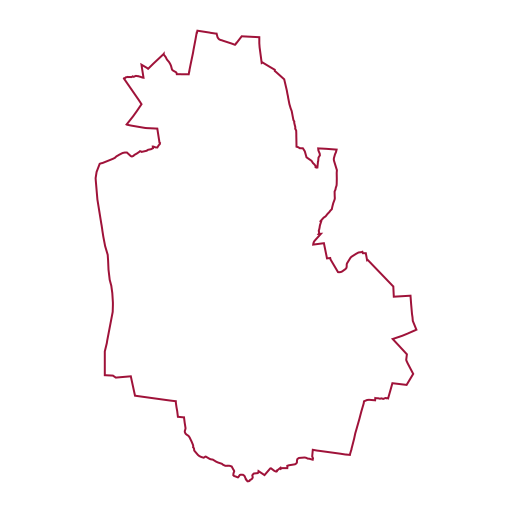 outline of Jaral del Progreso, Guanajuato, Mexico
{"feature_id": "50627088B82806712046874", "entity_name": "Jaral del Progreso", "entity_type": "district", "adm_level": 2, "iso_a3": "MEX", "parent_name": "Mexico", "parent_adm1": "Guanajuato", "projection": "orthographic", "projection_center": [-101.046, 20.365], "detail": "fine", "context": "isolated", "style": "outline", "palette": "rose", "viewbox_px": 512, "rotation_deg": 0, "n_neighbors": 0, "source": "geoboundaries", "source_scale": "gbopen_adm2", "svg_char_len": 5987}
<svg xmlns="http://www.w3.org/2000/svg" viewBox="0 0 512 512"><path d="M406.9,354.3L392.7,339.0L402.2,335.8L406.6,334.0L416.4,329.7L412.8,320.9L412.5,317.3L412.0,314.0L411.1,303.8L410.5,295.7L393.8,296.7L393.3,286.4L392.8,286.0L367.8,260.0L367.1,260.3L365.8,253.2L363.8,253.2L362.9,253.2L362.4,251.8L361.6,252.1L360.9,252.2L359.0,252.4L358.3,252.6L356.1,253.8L351.7,256.6L351.2,257.0L350.7,257.5L350.2,258.2L347.0,263.4L346.8,264.1L346.7,264.7L346.7,266.3L346.6,267.0L346.5,267.6L346.4,267.9L345.7,268.8L345.3,269.2L343.3,270.6L342.4,271.3L341.8,271.6L341.2,271.9L340.3,272.1L339.5,272.2L338.7,272.2L338.0,272.1L331.2,260.6L330.5,259.4L330.2,258.0L327.0,258.4L323.9,243.2L313.2,244.6L313.4,243.3L313.8,242.1L314.6,240.8L320.9,233.8L318.7,233.9L319.1,233.3L319.0,231.7L318.8,231.2L318.8,230.6L319.0,230.0L319.2,229.4L319.6,227.5L319.7,226.7L320.0,225.1L321.2,221.4L320.6,221.1L321.9,219.6L323.6,217.7L324.7,216.9L325.3,216.6L325.7,216.2L326.2,215.6L327.1,214.4L327.8,213.6L329.1,212.3L329.6,211.7L330.3,210.7L331.7,209.3L331.9,209.0L331.9,208.7L332.3,206.8L333.2,203.3L334.6,199.5L334.8,198.5L334.8,197.7L334.7,195.9L334.6,191.5L335.4,189.7L335.5,189.4L335.8,187.7L336.5,185.7L336.6,185.0L336.7,183.7L336.8,178.9L336.7,172.9L336.9,170.2L336.8,169.8L336.5,168.9L334.2,161.4L333.9,160.3L333.8,159.2L333.9,158.2L335.0,154.3L335.9,152.3L336.0,152.0L336.6,149.6L326.1,148.8L318.2,148.4L318.4,150.5L319.7,153.6L319.9,155.3L318.5,157.6L318.2,161.1L318.0,161.4L317.4,167.5L316.3,167.6L315.5,167.1L315.6,166.0L314.3,164.3L313.0,163.1L311.5,160.8L306.5,157.3L304.8,151.3L302.9,148.3L299.7,148.2L298.4,147.3L296.5,146.7L296.4,140.5L296.4,140.3L296.3,135.6L296.3,134.0L296.2,130.7L295.5,129.1L295.2,128.8L295.3,127.1L294.6,124.4L294.2,122.6L294.3,121.6L293.4,120.0L292.9,117.4L291.7,111.1L290.6,108.2L289.4,104.1L288.1,97.5L288.1,97.3L287.9,96.1L287.4,93.8L286.8,90.4L284.2,79.3L275.8,71.8L274.8,71.0L274.8,69.8L270.9,67.5L270.2,67.1L266.2,64.7L262.6,62.5L261.7,63.0L259.6,47.3L259.3,43.2L259.3,37.2L241.7,36.3L236.3,43.3L236.2,43.2L235.2,44.7L235.0,44.8L231.5,43.5L222.9,40.7L221.6,40.2L221.3,40.2L220.3,39.9L219.3,39.4L218.8,39.0L218.3,38.4L217.8,37.7L217.5,37.1L216.6,33.6L215.9,33.6L210.4,32.8L209.7,32.6L197.4,30.7L197.1,32.0L197.0,32.7L196.7,32.7L195.5,39.4L193.5,49.9L193.0,52.9L190.6,64.4L189.2,71.4L189.3,71.4L188.7,74.3L176.8,74.2L176.5,72.9L176.2,72.4L175.6,72.0L173.1,70.6L172.4,70.0L172.0,69.5L171.0,65.8L170.3,64.2L169.1,62.1L166.9,59.5L165.7,57.1L163.7,54.5L163.7,53.9L163.2,54.5L162.6,55.0L153.5,63.5L148.1,68.8L147.1,68.0L141.5,64.7L142.0,68.2L143.5,77.7L142.8,77.6L142.5,77.6L140.4,76.8L139.7,76.6L139.1,76.5L138.5,76.2L137.7,76.2L136.9,76.0L135.8,75.9L135.2,76.1L134.5,76.5L133.6,76.8L133.1,76.7L132.9,76.5L132.7,76.4L132.6,76.5L131.8,76.9L131.3,77.1L131.1,77.1L129.9,77.0L128.7,77.1L128.3,77.0L127.7,76.9L127.1,77.1L125.9,77.3L125.6,77.5L125.3,77.9L125.0,78.1L124.1,78.2L123.9,78.5L138.9,100.2L141.5,104.2L136.9,111.0L133.1,116.3L126.6,124.5L127.0,124.7L131.3,125.6L143.6,127.7L145.5,128.0L147.0,128.1L153.1,128.4L157.3,128.6L159.5,142.7L160.0,143.0L159.8,144.1L158.6,145.4L157.9,146.6L157.3,147.5L156.0,147.4L155.6,147.4L153.2,146.5L152.8,146.5L153.0,148.2L151.0,149.2L148.1,149.8L147.3,150.2L147.0,150.6L146.5,150.8L141.6,151.9L141.1,151.5L140.6,151.3L140.0,151.2L139.8,151.5L136.9,153.5L134.4,154.9L133.4,155.9L131.9,156.5L130.8,156.1L126.9,152.5L124.9,152.5L122.6,153.0L120.4,154.1L119.7,154.5L118.9,154.9L118.3,155.3L116.5,156.3L115.4,157.3L115.1,157.7L113.2,158.7L102.8,162.9L101.8,163.2L101.4,163.2L99.7,163.8L96.6,171.9L95.6,178.2L95.8,180.9L97.4,199.5L101.3,223.7L101.7,225.9L101.8,226.7L102.2,229.2L102.3,230.2L103.3,236.6L105.1,246.0L107.7,254.8L108.1,260.6L108.5,269.6L109.7,279.8L111.3,285.8L112.3,293.1L112.9,302.5L112.9,305.2L112.7,311.9L107.2,340.6L106.8,343.2L104.8,351.4L104.8,375.2L112.9,375.6L115.8,377.6L130.8,376.3L135.0,395.7L166.1,400.0L170.6,400.6L172.2,400.8L175.8,401.2L175.8,402.2L176.0,403.8L176.5,407.3L177.2,411.1L177.9,416.8L183.1,417.3L184.0,417.3L184.7,422.8L185.5,427.9L185.5,428.7L184.8,431.1L184.8,431.6L184.8,431.9L184.9,432.2L185.2,433.0L185.7,433.8L186.1,434.2L187.0,434.9L188.4,435.8L189.2,436.8L189.9,438.0L190.3,438.9L191.7,441.8L192.9,444.7L193.1,445.4L193.2,445.9L193.2,446.6L193.1,447.3L193.5,447.6L194.0,448.6L194.1,449.3L194.2,450.4L194.5,450.9L197.9,454.9L199.1,455.9L199.6,456.2L200.6,456.7L201.6,457.1L203.7,457.7L203.9,457.6L205.4,456.6L205.8,456.6L209.7,458.9L210.8,459.3L212.8,459.6L216.2,461.7L218.0,462.5L221.9,463.8L223.1,464.8L225.3,465.8L227.7,465.8L227.8,465.7L229.7,465.8L231.7,466.5L233.3,469.5L234.0,470.5L234.2,471.3L233.5,473.3L233.3,475.2L234.1,476.0L235.6,476.5L237.9,477.4L238.2,477.3L239.8,475.0L240.8,474.7L243.0,474.8L244.1,475.6L244.7,476.3L245.5,478.3L246.4,479.7L246.2,479.8L247.5,481.3L248.7,481.2L249.5,480.9L249.8,480.2L251.2,479.4L252.0,478.8L252.5,478.0L252.7,477.5L252.6,476.6L252.3,475.5L252.7,474.6L253.9,473.5L257.0,473.2L257.7,473.1L258.3,472.6L258.5,471.1L260.6,472.5L264.5,475.1L270.2,468.5L270.9,468.3L271.1,468.4L274.4,470.9L275.9,471.5L276.6,471.5L276.9,471.3L277.0,470.4L277.4,470.3L280.5,467.8L280.8,468.8L282.0,468.1L287.3,468.1L287.4,466.9L287.3,465.8L288.8,465.3L295.0,464.3L296.2,463.5L296.9,462.6L297.0,460.2L297.5,458.9L298.9,458.0L299.6,457.9L304.7,457.5L306.4,457.9L307.7,458.6L309.2,458.7L312.7,459.7L313.0,458.3L312.2,456.4L312.8,449.8L317.2,450.6L319.0,450.8L335.2,453.0L340.3,453.7L345.3,454.5L346.4,454.5L346.8,454.7L347.9,454.7L349.9,454.9L350.2,453.5L351.1,450.5L351.5,449.3L351.5,448.9L354.1,438.8L355.3,433.2L356.3,429.8L359.4,418.9L361.3,411.6L363.7,403.4L364.0,401.3L367.1,400.0L369.0,399.8L375.1,400.3L375.3,398.1L375.6,398.2L376.6,398.2L378.3,398.3L379.8,398.7L380.2,398.7L381.1,398.4L381.8,398.4L382.3,398.7L383.3,398.9L384.0,398.6L385.3,398.1L385.7,398.0L386.2,398.1L386.6,398.3L387.3,398.1L388.1,398.4L390.3,390.7L392.4,383.2L406.6,384.9L413.2,373.9L407.6,363.2L406.5,360.8L406.4,360.4L406.2,359.9L406.9,354.3Z" fill="none" stroke="#9f1239" stroke-width="2"/></svg>